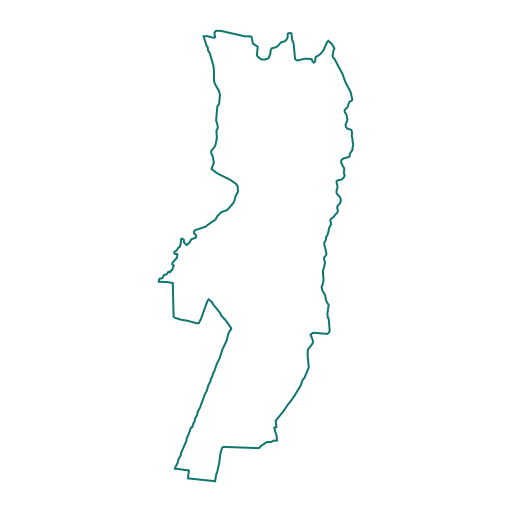 outline of La Democracia, Escuintla, Guatemala
{"feature_id": "79465075B56611035242385", "entity_name": "La Democracia", "entity_type": "district", "adm_level": 2, "iso_a3": "GTM", "parent_name": "Guatemala", "parent_adm1": "Escuintla", "projection": "albers", "projection_center": [-90.943, 14.121], "detail": "fine", "context": "isolated", "style": "outline", "palette": "teal", "viewbox_px": 512, "rotation_deg": 0, "n_neighbors": 0, "source": "geoboundaries", "source_scale": "gbopen_adm2", "svg_char_len": 5741}
<svg xmlns="http://www.w3.org/2000/svg" viewBox="0 0 512 512"><path d="M328.3,40.8L326.9,42.4L323.3,50.6L320.7,53.7L319.5,54.7L318.3,55.5L317.3,56.1L315.8,56.9L315.0,61.4L313.9,62.6L312.4,61.3L311.7,59.2L311.0,59.0L304.8,58.7L297.7,60.5L295.9,59.8L295.0,58.6L293.8,45.0L293.1,41.6L292.2,40.3L291.5,33.9L291.1,33.2L290.2,33.0L288.9,33.2L287.9,33.6L287.7,34.5L287.6,37.4L287.1,38.7L286.1,40.1L285.4,40.8L284.8,41.3L282.1,42.0L281.3,42.2L280.4,43.1L279.1,44.5L278.0,45.9L275.6,47.3L271.9,48.3L270.8,49.9L270.2,54.2L268.4,58.4L264.3,59.6L261.2,59.4L257.6,56.5L256.9,55.3L257.7,46.7L252.9,43.6L251.5,36.9L250.5,36.3L244.7,36.3L223.2,31.4L220.9,30.9L218.5,30.8L216.8,30.7L215.5,31.2L215.1,31.8L214.5,32.9L214.6,34.6L215.0,36.1L215.1,37.3L214.3,37.7L213.1,37.7L207.1,36.1L203.6,36.4L206.7,46.2L207.6,47.0L208.1,50.5L209.7,53.1L213.3,65.3L213.9,69.5L214.0,80.8L214.9,83.8L218.9,90.9L220.0,94.9L219.1,103.8L217.4,106.4L216.4,116.9L216.2,120.8L217.5,124.9L217.8,128.0L216.4,130.7L216.9,138.0L215.4,145.3L214.2,147.3L211.2,151.1L211.3,153.5L212.6,155.9L213.9,162.7L211.5,169.0L215.1,171.8L218.1,173.8L219.2,174.4L220.5,175.0L221.3,175.4L228.2,178.8L229.5,179.4L235.7,183.6L237.6,186.0L238.0,191.8L235.6,196.1L234.1,201.7L232.6,203.9L227.2,210.1L221.4,212.1L217.6,215.8L216.8,217.2L215.8,219.1L214.7,220.3L212.2,221.7L206.9,225.5L205.6,226.7L195.1,230.2L194.1,231.3L194.1,233.5L196.1,235.3L196.1,236.9L195.4,237.9L191.4,239.2L189.4,242.7L186.6,245.0L183.9,242.3L183.9,240.0L182.2,238.5L181.0,239.5L181.0,242.2L180.2,245.3L180.0,246.5L179.4,247.2L178.5,247.6L177.9,248.2L177.6,249.1L176.7,250.2L175.9,250.9L175.2,251.3L174.3,251.9L174.3,253.1L174.8,253.9L175.9,254.1L177.0,253.9L177.5,254.7L177.2,255.7L177.1,257.0L176.9,258.0L175.6,259.0L175.1,259.7L174.3,260.7L173.3,261.8L172.4,262.8L172.2,264.2L173.1,264.9L173.7,265.5L173.4,266.6L172.9,267.5L172.6,268.8L172.4,269.6L171.9,270.3L170.9,270.6L170.6,271.7L169.8,272.3L169.1,271.8L168.2,272.0L167.8,272.7L167.2,273.6L166.4,274.4L165.5,274.7L164.5,274.8L163.6,275.3L163.4,276.3L162.9,277.4L162.2,278.2L161.5,278.4L160.4,278.5L159.3,279.0L159.0,280.1L159.0,280.8L158.7,281.7L167.8,282.1L172.8,283.1L173.6,316.7L174.9,317.8L181.4,319.8L186.8,320.6L197.3,323.4L198.8,323.1L201.1,318.6L207.5,300.8L208.8,299.4L212.2,302.4L213.1,304.4L216.2,308.1L220.1,313.0L221.1,315.4L225.6,320.2L231.2,328.2L231.2,329.3L230.1,330.3L228.4,333.6L226.7,340.4L222.4,349.6L219.7,358.1L216.9,363.7L214.3,371.2L212.6,374.2L212.6,375.8L210.7,379.4L210.6,380.9L208.2,385.7L206.8,390.8L204.8,394.4L200.2,407.1L197.8,411.7L197.0,415.2L195.2,418.3L194.4,421.7L193.2,423.8L192.3,427.1L190.9,427.7L189.4,432.2L186.5,439.0L186.4,440.9L180.9,453.4L180.9,455.0L178.4,459.4L177.7,462.7L175.3,467.3L174.9,468.8L177.5,468.9L181.8,469.5L188.9,470.5L188.0,477.8L188.1,478.4L201.5,479.8L210.4,480.7L215.1,481.3L216.3,473.8L217.1,472.5L219.4,461.9L220.3,454.1L222.0,448.1L223.3,446.9L258.0,448.1L259.5,447.7L261.0,445.9L267.0,442.0L270.8,442.1L273.4,440.7L276.9,440.7L276.6,435.5L275.0,430.9L274.3,427.6L276.3,427.2L275.8,420.7L280.6,414.7L283.9,410.6L287.5,405.1L290.9,400.9L294.0,396.5L295.2,394.7L298.1,389.7L300.2,386.6L302.8,379.6L304.4,378.0L306.7,372.4L308.8,367.5L307.6,355.1L307.8,349.7L311.1,345.5L312.8,343.1L312.9,341.9L312.6,339.6L310.5,334.6L313.2,332.7L327.0,333.9L328.6,333.0L329.7,330.8L328.7,318.8L327.9,317.9L327.4,313.7L328.7,304.8L327.7,303.6L326.0,300.4L325.1,295.1L322.2,290.2L321.6,286.9L322.6,284.4L323.0,282.9L323.2,281.8L323.4,281.0L323.5,280.1L323.5,278.5L323.3,276.9L323.1,275.2L323.0,273.9L323.0,272.6L323.0,271.2L323.2,269.8L323.7,268.5L324.0,266.9L324.3,265.9L324.6,264.6L324.8,263.7L324.9,262.7L324.9,261.7L324.5,260.6L324.1,259.4L323.9,258.3L324.2,257.5L324.7,256.8L325.2,256.3L325.8,255.5L326.3,254.7L326.4,253.8L326.2,252.4L325.5,249.1L324.3,244.7L324.2,243.4L324.3,242.5L324.8,241.7L325.4,240.9L325.9,239.6L325.9,238.2L326.1,237.1L326.6,236.4L327.0,235.8L327.4,235.1L327.7,234.1L328.2,232.6L328.4,231.7L328.7,230.3L329.0,228.7L329.2,227.9L329.9,226.4L330.7,225.1L331.0,224.4L331.0,223.3L330.6,221.7L330.2,220.7L330.5,219.4L331.3,218.6L332.0,218.1L333.0,217.5L333.8,216.8L334.2,216.2L334.9,215.1L335.8,214.1L336.7,213.4L337.2,212.8L337.6,211.9L337.8,211.0L337.7,210.0L337.4,208.8L337.2,207.9L337.3,206.6L337.8,205.9L338.4,205.0L339.2,204.1L339.9,203.4L340.3,202.7L340.6,201.8L340.7,200.8L340.8,199.8L340.7,199.0L340.3,198.1L339.6,196.9L339.0,195.9L337.8,194.8L337.0,193.9L336.5,192.6L336.5,191.5L336.7,189.7L337.2,188.8L337.4,187.9L337.5,186.8L337.4,186.0L337.2,185.1L336.8,183.4L336.6,182.2L336.7,181.1L337.5,180.4L338.2,180.3L339.4,180.0L340.8,179.7L342.1,179.1L342.7,178.6L343.7,177.6L344.4,176.4L344.6,174.9L344.2,174.0L343.9,172.8L343.8,172.1L344.0,171.3L344.3,169.4L344.0,168.1L343.6,167.3L343.0,166.3L342.5,165.5L342.1,164.8L341.8,164.1L341.5,163.4L341.3,162.6L341.1,161.8L341.2,161.0L341.6,159.9L342.4,159.1L343.3,158.7L344.0,158.3L345.3,158.0L346.9,157.5L348.9,157.0L349.6,156.3L349.7,155.5L350.0,153.6L350.6,152.7L351.1,151.9L351.7,151.1L352.2,150.3L352.5,149.2L352.6,147.9L352.8,146.5L353.0,145.7L353.3,144.3L353.0,142.9L352.5,141.9L352.6,139.4L352.3,138.1L352.0,137.1L351.8,135.6L351.9,133.9L351.9,133.0L351.9,131.9L351.7,130.9L351.1,129.9L350.4,129.5L349.6,129.3L348.8,129.1L347.6,128.6L346.7,128.0L346.1,127.3L345.8,126.6L345.6,125.8L345.7,124.2L346.4,122.6L347.0,121.2L347.2,120.4L347.3,119.7L347.3,118.9L347.2,117.8L347.0,116.9L346.5,115.3L346.2,114.4L345.9,113.7L345.0,112.6L344.6,111.5L344.7,110.4L345.1,109.6L345.9,108.7L347.4,107.3L347.9,106.4L348.1,105.5L348.3,104.6L348.9,102.8L349.5,101.8L351.4,100.9L352.3,99.6L350.6,92.0L345.5,82.4L342.5,74.0L334.4,58.8L333.0,57.4L332.6,55.7L333.4,51.0L334.4,48.3L331.7,43.8L329.3,41.8L328.3,40.8Z" fill="none" stroke="#0f766e" stroke-width="2"/></svg>